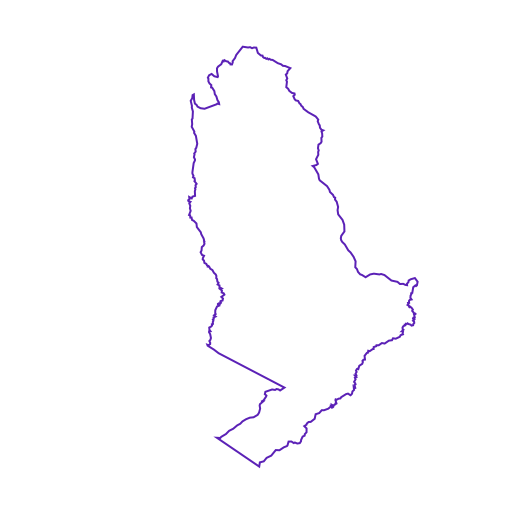 outline of Río De Oro, Cesar, Colombia, rotated 322°
{"feature_id": "7082276B35556421377361", "entity_name": "Río De Oro", "entity_type": "district", "adm_level": 2, "iso_a3": "COL", "parent_name": "Colombia", "parent_adm1": "Cesar", "projection": "natural_earth1", "projection_center": [-73.488, 8.215], "detail": "fine", "context": "isolated", "style": "outline", "palette": "violet", "viewbox_px": 512, "rotation_deg": 322, "n_neighbors": 0, "source": "geoboundaries", "source_scale": "gbopen_adm2", "svg_char_len": 6109}
<svg xmlns="http://www.w3.org/2000/svg" viewBox="0 0 512 512"><g transform="rotate(322 256 256)"><path d="M128.9,423.9L132.0,421.0L135.7,422.6L140.1,421.6L145.1,422.7L152.1,421.1L154.9,423.5L160.2,423.9L163.3,424.8L164.1,424.7L167.4,422.3L169.7,424.0L170.6,426.7L171.8,426.9L173.1,429.2L175.3,430.4L177.4,429.7L178.3,428.7L181.6,427.0L183.7,427.5L184.8,426.4L187.3,426.0L189.7,423.0L189.3,419.8L192.0,420.0L192.9,419.3L195.3,419.2L196.9,420.4L202.0,420.4L205.6,417.4L209.1,418.7L212.9,418.0L214.6,419.4L218.9,420.8L222.0,420.7L222.7,420.0L223.1,421.0L222.6,421.4L222.5,422.3L223.4,422.5L224.0,422.4L224.4,420.6L224.9,421.8L226.1,421.4L226.8,421.7L227.9,421.1L227.9,421.7L228.6,421.8L229.9,418.4L230.5,418.0L231.1,418.9L233.3,419.3L234.8,420.2L236.2,419.7L242.0,420.3L243.8,421.1L244.7,423.9L245.4,423.9L246.9,423.6L248.6,422.1L250.8,421.9L252.1,419.8L252.1,420.9L253.0,421.1L254.2,418.2L255.4,418.4L255.8,417.5L255.8,415.6L258.5,414.5L259.0,412.8L260.5,413.2L260.4,411.5L261.2,412.3L261.6,412.1L261.7,411.6L261.3,411.4L261.7,410.2L263.9,409.3L264.2,407.9L265.9,407.2L266.6,407.3L267.0,408.1L269.8,406.1L273.3,406.4L275.0,405.3L275.3,404.2L276.8,403.9L278.1,404.7L280.1,401.5L283.8,400.6L284.6,401.1L286.1,399.8L286.9,401.0L290.7,401.2L291.4,401.7L292.7,400.2L295.2,401.1L296.0,400.5L297.7,401.9L301.6,402.1L303.5,404.2L308.6,404.5L311.3,406.1L313.3,405.2L315.2,407.2L319.6,408.2L321.2,407.4L323.6,408.2L323.9,407.2L325.3,406.2L325.5,405.6L324.8,405.1L326.7,404.9L326.5,404.0L327.5,402.5L329.0,402.0L330.5,402.4L330.8,401.9L331.3,402.4L332.3,401.6L333.1,402.4L334.0,402.4L334.2,403.4L335.6,405.3L335.7,406.6L337.2,407.3L338.2,406.4L339.5,406.2L340.2,405.0L339.9,403.7L341.9,403.5L342.0,403.1L341.1,402.5L341.3,401.8L342.2,401.5L343.3,402.1L344.4,399.8L346.0,399.8L345.9,399.1L344.9,398.6L345.4,397.8L345.3,395.4L346.6,394.8L346.7,392.3L346.3,391.3L345.4,390.9L345.4,390.4L346.1,390.2L345.3,387.9L346.3,387.8L346.9,386.6L347.8,387.2L348.9,385.6L350.1,385.2L351.8,386.0L351.9,384.0L353.5,382.3L354.7,381.9L355.3,380.9L356.4,381.3L360.7,377.4L363.5,377.3L363.6,378.2L364.7,378.2L367.5,375.8L367.6,371.2L363.6,369.6L361.2,369.3L360.1,370.4L357.9,370.8L357.1,372.0L355.9,370.7L354.9,368.6L352.2,366.7L351.6,363.5L347.6,358.7L345.5,350.1L343.5,347.2L341.9,346.5L338.0,342.5L334.6,340.8L329.3,340.2L327.8,336.1L326.8,334.6L326.6,331.3L327.5,328.5L327.3,326.0L331.2,321.5L332.4,316.7L332.7,311.4L332.2,308.3L333.1,301.6L332.6,297.9L332.9,295.9L333.7,294.3L335.6,292.6L340.8,291.1L344.8,285.6L346.4,280.8L346.4,273.8L348.5,270.1L350.9,267.9L353.0,262.9L353.0,260.2L354.3,258.8L353.7,257.6L354.3,255.3L353.7,251.1L354.6,249.0L355.0,244.7L352.8,235.6L353.2,233.9L355.4,230.0L356.5,221.9L356.1,220.0L359.6,221.5L361.5,221.5L362.9,216.7L367.4,214.6L369.0,212.3L370.4,211.4L371.2,209.2L373.8,206.7L376.4,206.9L378.0,206.3L380.2,203.2L381.8,202.7L383.6,200.1L384.3,198.2L386.3,198.4L385.3,196.8L385.4,194.3L386.7,192.2L386.6,191.2L387.6,187.8L389.0,186.9L389.0,184.0L388.9,182.7L385.6,174.8L384.1,169.3L384.6,167.6L384.2,165.3L384.6,163.6L384.2,162.6L384.7,159.8L383.1,157.8L383.0,156.2L383.8,153.0L385.8,152.8L386.4,151.6L384.7,149.6L383.9,146.4L384.3,144.0L383.8,141.6L387.7,137.7L388.1,136.1L389.9,135.4L391.2,131.4L393.0,131.3L394.7,129.8L398.7,129.1L395.9,124.2L394.3,122.7L393.8,120.4L391.9,117.5L389.8,111.7L388.5,110.5L387.9,108.9L386.8,108.7L386.6,107.2L385.5,107.0L385.1,105.4L384.4,105.0L384.0,103.5L384.5,102.1L383.3,101.0L382.5,97.1L384.5,92.0L382.7,90.4L380.8,89.8L379.9,87.8L378.1,86.8L374.4,82.9L364.2,85.4L361.3,87.1L357.5,88.1L357.0,89.0L355.0,90.3L353.8,89.3L354.2,88.2L353.6,87.2L353.6,85.5L352.4,84.2L351.7,82.3L350.6,82.7L350.6,81.9L350.1,81.6L346.7,83.5L342.7,83.4L340.8,84.1L338.9,86.6L336.7,91.0L335.9,91.4L333.8,88.7L333.1,85.2L330.3,84.7L327.8,85.9L327.7,86.9L326.0,89.1L325.6,91.4L326.0,93.8L324.4,95.5L325.1,96.4L324.7,100.4L323.2,103.1L323.0,105.9L321.6,109.4L321.4,111.9L320.5,113.6L319.4,112.1L318.4,112.2L306.1,108.3L303.3,105.4L301.9,102.3L302.2,100.4L301.7,98.3L303.3,94.9L306.5,90.4L305.1,90.2L302.9,92.4L300.1,93.5L297.9,98.3L296.8,99.5L295.3,103.2L290.6,108.6L289.5,108.9L286.9,112.8L284.9,114.6L284.0,120.0L283.0,120.9L282.6,124.3L278.8,131.4L275.5,134.0L274.1,134.4L272.7,136.6L270.4,137.2L270.1,138.1L267.9,139.9L267.4,142.3L266.7,143.1L264.1,144.4L257.4,150.9L256.6,152.0L256.1,154.3L254.8,155.2L255.5,156.9L254.3,158.9L253.6,159.1L253.6,162.6L251.9,163.0L250.9,164.7L249.7,165.0L249.3,166.1L247.7,167.3L245.0,171.1L242.5,170.1L240.8,171.0L239.7,168.4L238.3,170.6L237.2,170.2L236.6,170.7L236.8,172.3L237.5,173.0L235.8,173.5L235.1,176.0L233.3,177.7L232.3,180.2L228.5,182.5L229.1,183.4L227.9,185.3L228.9,186.0L227.8,188.2L228.6,189.9L229.1,193.7L227.2,196.8L227.1,203.3L226.3,205.1L225.5,209.9L224.7,211.8L224.2,212.1L224.2,213.0L223.4,213.5L222.9,214.7L221.1,215.5L218.8,215.6L216.4,218.2L214.7,218.9L214.1,221.9L215.2,223.8L212.9,224.9L211.9,225.9L212.2,227.6L211.1,229.7L212.0,231.6L211.6,233.3L212.3,234.4L211.6,234.8L212.5,235.8L212.1,237.9L213.0,240.2L212.5,243.3L212.9,245.8L212.5,247.3L211.0,249.0L211.1,250.2L209.8,252.4L210.0,254.1L208.2,254.8L209.1,256.7L208.0,258.0L208.9,260.3L207.3,259.7L207.9,262.2L206.5,263.6L207.6,265.6L207.3,267.0L203.5,266.9L203.8,269.2L202.2,270.5L200.3,269.7L199.6,270.2L199.6,271.3L198.3,271.6L197.5,270.4L196.5,270.3L196.2,270.7L196.4,272.4L194.2,271.8L190.6,273.6L188.6,276.0L188.5,276.9L186.4,276.9L186.9,278.8L184.7,278.3L184.1,279.5L182.9,279.5L182.6,280.8L181.3,281.4L180.3,283.0L179.2,282.6L178.6,283.7L177.4,284.0L175.1,283.6L173.9,285.4L173.8,287.2L172.7,286.5L172.1,287.1L171.8,289.3L170.0,292.9L168.4,294.0L166.9,294.3L166.5,296.2L165.6,297.2L163.6,297.0L163.0,296.0L162.7,296.9L165.2,303.8L166.7,309.6L197.4,377.2L192.2,376.8L191.6,375.0L190.3,373.5L188.6,373.3L186.5,371.1L179.8,368.8L177.9,370.3L178.3,372.4L177.4,373.0L173.1,374.4L170.4,374.0L171.8,375.0L167.9,375.2L166.8,376.1L165.3,378.8L162.0,381.3L159.5,382.2L154.8,381.6L151.6,379.6L147.7,378.5L143.5,378.0L140.3,378.5L137.0,377.9L131.7,378.1L127.2,377.2L122.7,377.8L117.3,377.1L115.8,377.4L113.3,375.2L128.9,423.9Z" fill="none" stroke="#5b21b6" stroke-width="2"/></g></svg>